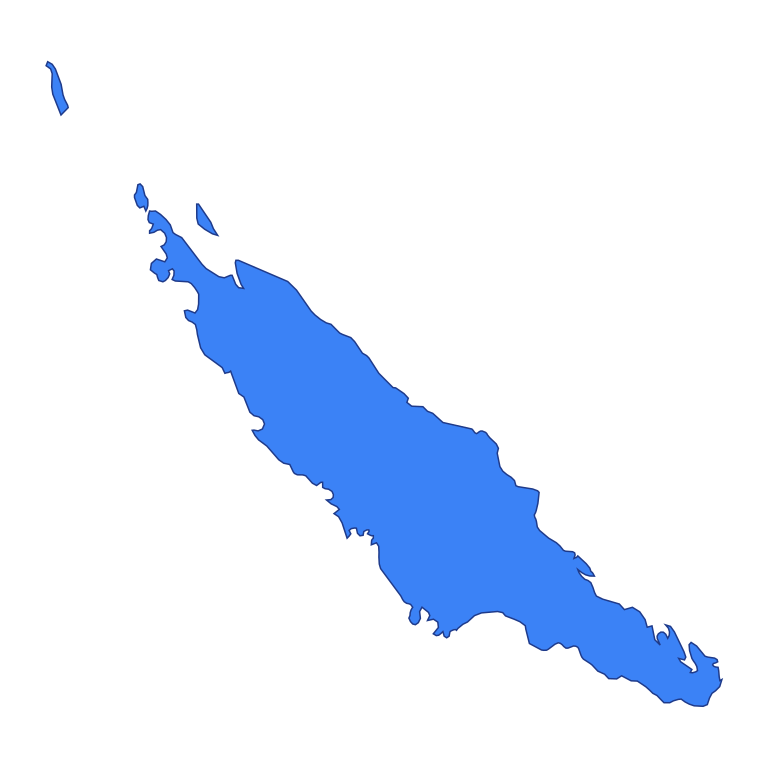 SVG path tracing the border of Nord
{"feature_id": "NCL-559", "entity_name": "Nord", "entity_type": "Province", "adm_level": 1, "iso_a3": "NCL", "parent_name": "New Caledonia", "parent_adm1": "", "projection": "natural_earth1", "projection_center": [164.928, -20.615], "detail": "fine", "context": "isolated", "style": "filled", "palette": "blue", "viewbox_px": 768, "rotation_deg": 0, "n_neighbors": 0, "source": "natural_earth", "source_scale": "10m", "svg_char_len": 5340}
<svg xmlns="http://www.w3.org/2000/svg" viewBox="0 0 768 768"><path d="M456.5,630.3L455.8,629.6L453.9,629.7L451.5,630.7L449.8,631.7L450.0,631.6L449.1,636.2L446.7,637.8L444.2,636.2L442.9,631.6L440.8,633.6L438.7,635.2L436.3,635.6L433.3,633.8L438.4,627.5L437.8,622.1L433.5,619.2L427.5,620.5L429.8,615.6L428.5,612.4L422.0,607.2L419.6,611.6L420.4,618.4L418.3,622.7L415.4,624.7L412.7,624.0L410.5,621.6L408.9,618.1L410.0,615.5L410.2,612.7L411.1,609.9L412.7,607.2L410.6,604.4L408.7,603.7L406.6,603.3L404.2,601.7L402.7,599.6L400.8,595.9L380.6,568.6L379.3,564.1L378.9,557.1L379.0,552.0L378.7,546.3L376.5,542.8L371.3,544.8L371.6,540.6L372.0,539.6L373.3,538.2L373.3,535.7L371.5,535.7L370.2,535.2L367.5,533.8L369.1,531.3L368.8,529.9L366.8,529.9L363.8,531.5L363.1,535.3L360.0,535.8L357.5,533.3L356.4,528.2L354.7,528.0L351.3,528.6L349.1,530.4L350.8,533.8L349.1,536.1L347.1,538.2L342.1,522.9L338.6,516.7L334.0,513.6L339.3,509.4L336.9,506.6L331.2,503.9L326.5,500.0L330.9,499.6L333.1,497.5L333.4,494.6L332.0,491.4L328.6,489.2L325.1,488.7L322.7,487.4L322.6,482.3L320.9,482.3L316.6,485.5L312.4,483.2L305.8,475.8L302.9,474.9L297.3,474.8L294.4,473.4L293.2,471.7L289.8,464.5L283.7,463.2L278.8,459.8L266.8,446.0L258.6,439.9L255.0,435.5L252.2,430.3L254.0,430.1L258.1,430.9L262.4,429.0L264.5,424.0L262.8,419.7L258.8,416.8L254.0,415.7L249.9,412.2L243.9,397.0L238.8,393.5L230.6,371.1L229.0,372.3L227.7,372.6L226.5,372.8L224.9,373.3L222.2,367.6L204.8,354.8L200.6,347.8L197.4,334.4L196.8,329.9L195.4,324.5L192.2,322.1L188.5,320.5L185.8,317.5L184.4,310.8L187.6,310.1L195.0,313.0L197.6,309.6L198.6,304.1L198.7,294.2L197.5,291.9L194.7,287.6L191.3,283.6L188.2,281.8L175.3,281.0L172.1,279.5L173.9,275.3L174.1,271.0L172.4,268.8L168.5,270.7L169.7,273.9L168.1,277.6L165.4,280.5L162.9,281.8L158.8,280.5L157.6,277.5L156.8,274.5L154.5,273.1L150.4,269.8L151.4,263.4L156.4,259.0L164.8,261.8L167.3,257.9L166.2,254.0L161.0,246.5L164.2,244.9L166.2,241.7L166.5,237.6L164.7,233.2L160.6,229.6L157.4,230.2L153.9,232.3L149.6,233.2L149.6,230.7L151.0,229.4L151.9,227.9L153.3,224.1L149.3,222.6L148.0,219.6L148.3,215.6L149.6,211.0L151.7,211.3L155.5,211.0L160.6,214.5L166.0,219.5L170.3,224.9L173.0,232.6L175.6,234.5L181.7,237.6L202.0,264.3L206.1,268.6L218.9,276.7L224.3,277.8L230.4,275.3L232.1,275.3L235.7,284.3L238.7,287.7L243.6,288.4L241.1,284.4L237.1,273.4L235.3,262.8L235.9,260.3L238.4,260.3L287.7,281.5L296.5,290.1L311.1,311.0L315.1,315.1L320.6,319.5L326.3,322.9L331.0,324.3L339.6,333.0L342.4,334.4L350.8,337.6L354.7,341.7L362.4,353.2L366.6,355.6L368.9,357.9L378.8,373.3L393.0,387.6L395.7,387.9L404.0,393.6L408.3,398.2L406.9,402.4L411.7,406.2L422.9,406.7L427.5,411.3L432.7,413.3L442.9,422.5L471.8,429.0L472.6,429.7L474.8,432.7L476.4,433.6L477.4,433.2L478.7,432.1L480.4,431.1L482.2,431.0L485.6,432.4L486.8,433.6L487.6,435.1L489.7,437.7L496.3,444.0L498.4,448.3L497.2,453.2L499.9,466.6L502.8,471.2L506.9,474.6L511.2,477.3L514.5,480.6L515.9,485.7L518.2,486.7L532.7,489.0L537.6,490.8L539.1,492.4L537.9,503.3L536.2,510.6L535.5,512.6L534.3,514.9L534.7,517.1L535.8,519.2L536.4,521.4L537.3,527.0L539.6,530.5L548.6,538.1L556.3,542.7L559.9,545.9L563.4,550.3L565.5,551.2L572.6,551.7L574.6,552.8L575.1,554.9L574.0,558.4L575.6,557.6L576.4,557.5L576.8,557.1L577.8,555.9L586.2,563.7L589.8,568.1L590.9,571.4L592.3,572.5L593.0,573.5L594.4,576.1L589.8,576.0L585.6,574.8L581.6,572.5L577.8,569.5L579.0,572.6L581.6,576.3L584.8,579.3L588.0,580.5L590.8,582.6L592.9,587.4L594.6,592.6L596.4,596.1L602.8,599.2L619.3,604.0L624.4,609.6L632.4,607.3L639.7,611.8L645.1,619.6L647.2,627.2L652.0,625.9L654.8,639.7L660.2,645.1L657.3,638.7L657.1,636.2L658.4,633.8L660.9,632.1L663.4,632.2L665.8,634.3L667.7,638.3L669.2,635.4L669.5,631.9L668.4,628.2L665.6,624.9L670.5,626.4L674.4,631.9L683.9,651.6L685.8,657.1L684.5,659.9L678.7,658.4L680.7,661.8L691.9,669.5L690.3,672.5L692.4,672.8L695.8,671.8L697.5,670.6L696.8,666.5L695.2,663.4L693.4,660.9L691.9,658.4L689.6,650.7L689.1,644.7L691.1,642.4L696.6,646.0L705.0,656.2L707.8,657.1L714.6,658.1L717.1,659.6L717.7,661.8L715.8,662.8L713.4,663.5L712.6,664.9L713.8,666.3L715.6,667.0L718.1,667.3L718.7,670.8L719.2,676.8L719.9,680.6L721.9,679.5L719.7,686.6L715.5,690.8L712.0,693.3L709.5,698.0L707.3,704.6L703.1,706.3L694.1,705.8L689.2,704.1L685.0,701.9L681.2,699.1L678.2,699.4L673.5,700.8L669.8,702.7L664.0,702.7L661.2,699.9L657.0,695.5L652.8,693.3L650.0,690.5L646.0,686.9L637.4,681.1L631.1,680.8L621.6,675.8L616.7,678.9L608.7,678.6L604.6,674.2L597.8,671.1L592.1,665.0L590.2,663.5L583.4,659.1L581.9,657.2L581.0,655.3L578.6,648.5L577.7,647.2L575.8,646.2L573.5,646.0L568.0,648.1L565.9,648.1L563.8,646.5L562.2,644.7L560.3,643.3L558.2,642.8L555.0,644.2L548.5,649.1L546.6,650.2L543.7,650.3L541.5,650.0L529.4,643.5L525.8,629.1L525.3,625.7L519.9,621.7L514.4,619.3L505.5,615.9L502.7,612.6L497.6,611.5L481.5,612.9L474.5,615.6L467.5,622.0L463.0,624.2L457.9,628.4L456.5,630.3ZM64.6,99.4L67.6,105.2L68.2,107.6L61.0,115.0L52.8,94.2L51.7,87.0L52.2,73.7L50.6,68.9L46.1,65.7L47.7,61.7L52.2,64.3L55.4,69.0L61.1,84.3L63.0,94.8L64.6,99.4ZM213.4,228.7L217.7,235.4L212.4,233.8L204.6,229.2L198.2,224.0L196.8,218.1L196.7,204.1L198.5,204.1L210.8,222.3L213.4,228.7ZM147.7,199.4L147.9,202.7L147.8,205.6L147.1,208.4L145.8,211.0L143.9,206.3L139.8,207.9L137.3,205.4L134.5,197.5L134.5,195.0L136.4,192.4L137.9,184.7L140.1,183.9L142.7,186.6L144.9,195.5L147.7,199.4Z" fill="#3b82f6" stroke="#1e3a8a" stroke-width="1.5"/></svg>